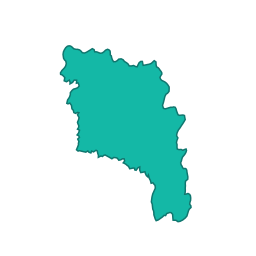 Jordânia, Minas Gerais, Brazil, rotated 205°
{"feature_id": "56859067B86488338348138", "entity_name": "Jordânia", "entity_type": "district", "adm_level": 2, "iso_a3": "BRA", "parent_name": "Brazil", "parent_adm1": "Minas Gerais", "projection": "equal_earth", "projection_center": [-40.318, -15.874], "detail": "fine", "context": "isolated", "style": "filled", "palette": "teal", "viewbox_px": 256, "rotation_deg": 205, "n_neighbors": 0, "source": "geoboundaries", "source_scale": "gbopen_adm2", "svg_char_len": 3658}
<svg xmlns="http://www.w3.org/2000/svg" viewBox="0 0 256 256"><g transform="rotate(205 128 128)"><path d="M163.5,86.0L162.5,86.9L158.1,87.8L156.0,88.3L154.7,90.2L153.1,89.5L151.1,89.7L151.2,91.7L149.1,91.8L147.6,94.3L146.3,94.3L144.5,92.0L143.3,90.8L142.5,88.9L140.7,91.2L139.1,91.4L138.4,93.0L137.3,93.9L134.6,93.7L132.8,93.6L129.6,93.3L128.4,95.3L125.6,96.2L123.9,95.6L122.7,94.9L121.1,96.1L120.0,97.7L118.5,98.4L117.1,96.7L117.6,94.4L115.8,94.4L114.3,94.2L112.8,93.7L111.4,93.5L109.2,91.8L107.6,93.0L106.4,93.9L105.0,94.3L104.2,92.9L102.8,93.1L102.1,96.3L100.9,97.7L99.6,94.8L97.6,93.0L96.2,93.9L94.2,95.5L93.1,94.2L91.2,92.6L89.5,92.1L89.6,93.9L87.5,91.4L85.6,90.0L83.7,87.7L82.3,88.9L80.8,88.1L79.2,87.4L77.8,85.0L77.7,78.6L77.1,75.6L75.6,70.9L73.9,69.3L71.3,65.0L69.8,63.7L68.7,62.0L67.8,60.2L66.1,58.4L64.8,57.0L63.3,55.9L61.7,57.5L59.2,61.9L58.4,64.1L56.9,64.5L56.8,66.8L54.4,69.1L53.0,69.5L51.1,68.6L48.2,63.5L45.6,64.6L43.1,64.2L41.4,65.4L39.5,67.8L38.1,70.6L37.4,73.1L38.2,78.5L38.2,80.3L37.3,82.6L38.2,84.1L39.9,85.0L40.5,87.0L40.7,88.9L41.6,91.1L42.8,93.0L44.1,93.9L46.0,94.0L47.4,92.6L48.6,92.0L49.1,94.2L49.9,96.1L50.8,97.8L51.5,99.8L52.6,101.8L53.4,104.1L52.2,106.8L53.1,109.0L54.6,111.1L55.9,112.9L56.8,114.4L57.8,115.4L59.1,115.5L60.6,114.6L61.9,115.3L63.0,116.3L64.3,117.1L65.6,118.8L65.7,120.9L66.1,122.6L66.3,124.7L65.8,126.5L65.4,128.1L65.2,130.3L65.5,132.4L66.5,133.5L67.6,132.5L68.9,131.0L70.8,131.0L72.6,130.0L74.4,129.7L75.5,131.3L76.5,133.6L77.9,135.2L78.4,137.3L78.6,140.1L80.5,141.3L81.2,143.0L81.5,144.7L81.5,147.4L80.9,150.2L80.6,152.7L80.2,155.0L79.9,157.5L79.7,159.8L80.9,161.4L82.1,163.2L83.7,163.0L85.4,162.0L87.0,161.1L88.3,161.2L89.7,162.5L91.3,164.1L92.6,165.7L94.0,166.7L95.5,166.4L96.7,165.4L98.0,164.9L99.3,163.8L100.9,162.3L102.3,161.1L104.1,160.8L105.3,162.0L106.3,163.2L106.7,166.2L107.3,169.2L107.9,172.1L107.8,174.8L106.9,176.1L106.3,178.5L107.3,181.0L108.1,182.6L109.9,183.8L111.9,184.8L114.0,185.3L116.0,185.4L117.7,185.4L119.2,186.1L120.4,187.3L120.4,189.4L120.1,191.2L120.9,192.5L122.1,193.3L123.3,193.9L124.8,194.8L126.3,195.4L128.0,195.5L129.4,197.4L130.6,199.7L132.7,200.1L133.5,198.2L134.1,196.6L135.1,195.4L136.2,194.4L137.4,193.6L139.1,192.3L140.7,191.2L141.9,192.7L143.1,194.4L144.5,193.8L145.5,192.0L145.6,189.6L145.6,187.3L147.1,186.9L149.4,187.0L151.2,185.6L153.2,184.8L154.9,186.0L156.7,186.5L159.3,186.8L161.3,187.8L163.4,187.8L165.5,186.5L166.2,184.5L167.3,182.9L169.1,182.0L171.1,183.3L172.5,184.8L173.6,186.3L175.0,186.8L175.7,188.4L176.8,190.2L178.3,190.8L179.8,190.7L181.2,189.1L182.2,186.5L183.2,185.0L184.8,184.0L186.6,183.9L188.4,183.8L190.4,183.0L191.9,184.7L193.9,184.8L195.2,182.7L196.7,180.5L197.8,178.9L199.2,177.5L201.3,176.9L202.7,177.7L204.8,178.3L206.9,178.0L208.4,177.3L210.6,176.9L212.9,177.7L214.6,178.0L216.1,177.6L217.5,176.5L218.4,174.4L218.7,172.0L218.7,169.8L218.0,167.3L216.8,165.4L215.8,163.9L214.3,162.9L212.6,162.3L211.1,160.2L210.7,157.5L211.2,155.0L212.2,152.2L212.5,149.4L211.7,148.1L209.9,148.3L206.6,147.0L205.8,143.8L203.3,143.9L201.4,146.6L199.9,145.1L199.2,143.5L197.5,145.9L197.0,148.7L194.7,149.6L193.7,146.8L192.5,147.8L191.4,147.0L190.0,145.5L190.6,143.3L192.0,141.7L193.8,140.2L194.6,138.4L195.2,135.7L194.3,133.6L194.1,131.0L194.6,127.9L193.9,124.5L192.6,124.5L191.2,126.0L188.8,124.6L186.9,121.7L185.0,120.9L183.6,119.1L181.7,119.1L180.4,120.8L179.0,121.1L179.4,118.7L176.7,116.7L176.3,114.5L176.2,111.8L174.8,110.3L173.5,109.2L173.0,107.5L173.3,105.6L171.0,105.5L170.7,102.4L171.2,100.2L169.4,100.1L168.1,99.1L168.9,96.7L166.8,95.0L166.5,93.2L165.8,91.8L165.6,88.5L165.5,86.5L163.5,86.0Z" fill="#14b8a6" stroke="#0f766e" stroke-width="1.5"/></g></svg>